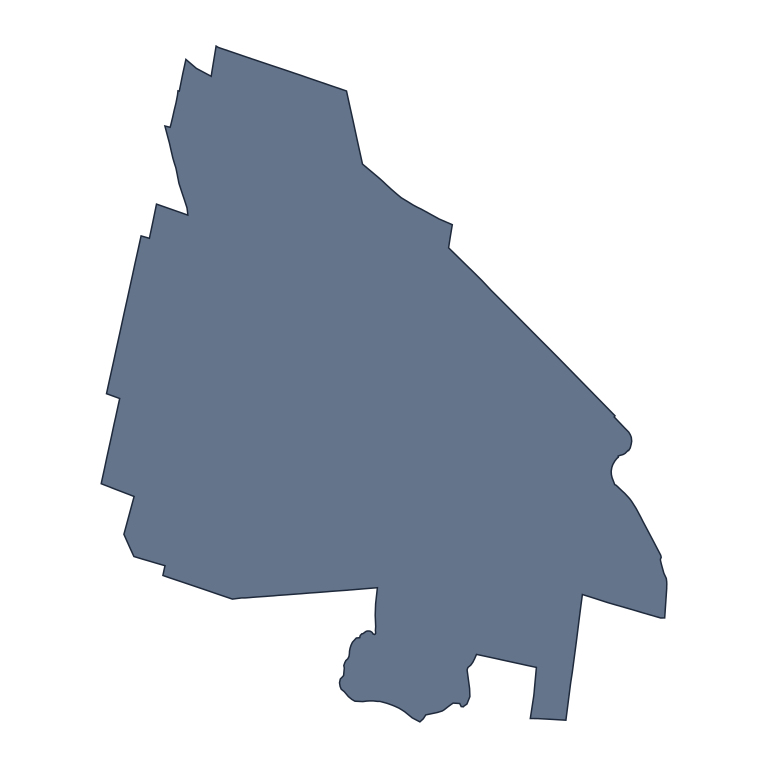 outline of Cocotitlán, México, Mexico
{"feature_id": "50627088B34264143573163", "entity_name": "Cocotitlán", "entity_type": "district", "adm_level": 2, "iso_a3": "MEX", "parent_name": "Mexico", "parent_adm1": "México", "projection": "equal_earth", "projection_center": [-98.857, 19.228], "detail": "fine", "context": "isolated", "style": "filled", "palette": "slate", "viewbox_px": 768, "rotation_deg": 0, "n_neighbors": 0, "source": "geoboundaries", "source_scale": "gbopen_adm2", "svg_char_len": 4365}
<svg xmlns="http://www.w3.org/2000/svg" viewBox="0 0 768 768"><path d="M660.7,618.0L664.7,617.9L665.7,603.2L666.7,588.5L666.7,586.6L666.8,584.1L666.7,581.6L666.3,578.4L663.9,573.3L663.8,573.0L661.4,564.3L660.5,560.6L660.4,559.2L660.7,558.6L661.2,557.3L660.7,555.2L653.6,541.6L648.1,531.2L642.8,521.2L640.7,517.0L636.1,508.4L631.6,501.3L629.9,499.0L628.6,497.5L624.6,493.2L622.4,491.2L616.2,485.3L614.7,484.6L614.4,483.7L612.1,477.7L611.4,474.7L611.2,471.3L611.8,467.5L612.8,464.6L614.8,461.1L616.9,458.4L618.3,457.3L618.1,456.1L619.2,455.7L620.6,455.2L621.9,454.9L623.4,454.4L625.2,453.3L628.1,450.4L628.6,450.6L630.2,448.0L631.2,444.2L631.7,441.2L631.3,437.3L630.3,434.8L628.8,432.2L624.3,427.6L614.2,417.0L615.0,415.8L605.8,406.4L596.6,397.0L587.4,387.6L578.2,378.2L569.0,368.8L559.8,359.4L549.8,349.3L539.8,339.3L529.8,329.2L519.9,319.2L509.9,309.1L500.4,299.6L490.9,290.1L482.1,280.7L470.5,269.2L469.9,268.7L448.6,247.8L450.2,237.4L452.3,224.7L438.7,218.8L438.1,218.4L421.0,209.0L417.8,207.5L413.3,205.1L401.2,197.7L396.4,193.7L391.0,189.0L389.6,187.7L386.2,184.6L383.4,181.9L380.3,179.1L376.8,176.1L374.5,174.2L373.7,173.5L362.5,164.1L358.8,147.3L357.2,140.0L355.5,132.1L352.8,119.6L350.1,107.5L346.5,91.0L330.7,85.6L315.8,80.5L312.0,79.2L308.2,77.9L301.1,75.4L293.3,72.8L292.2,72.4L286.6,70.5L277.6,67.5L269.5,64.8L260.6,61.8L254.4,59.7L251.6,58.8L242.0,55.5L230.3,51.5L218.5,47.5L216.1,46.1L213.2,63.7L211.7,72.9L211.2,76.3L196.4,68.4L185.9,59.4L182.7,74.0L179.3,91.1L178.0,90.8L177.5,95.1L176.0,102.9L174.3,109.8L172.7,117.0L170.9,124.5L170.1,127.3L164.9,126.0L167.6,136.3L169.3,142.6L169.5,143.4L170.2,146.5L171.0,150.1L172.1,154.8L172.8,157.9L174.7,164.3L175.7,167.3L176.0,168.5L176.3,169.9L176.8,172.4L177.3,174.8L177.6,176.6L178.3,179.9L178.4,180.6L179.0,183.5L179.6,185.4L180.6,188.4L181.4,190.9L182.8,195.1L184.2,199.2L186.1,205.1L186.6,206.6L187.0,207.9L187.7,213.5L187.8,215.1L172.2,209.6L156.5,204.1L153.0,221.2L149.4,238.3L141.1,235.9L139.8,241.8L138.7,246.8L138.2,249.1L134.7,264.8L132.4,275.6L131.4,280.1L127.4,298.4L124.3,312.3L120.7,328.9L120.0,332.1L116.3,348.9L113.7,361.0L112.7,365.5L109.0,382.2L106.5,393.7L119.7,398.5L116.7,412.2L115.5,417.8L114.0,424.4L111.4,436.7L109.3,446.2L106.7,458.0L104.5,468.5L101.5,482.2L101.2,483.7L103.2,484.5L113.9,488.7L125.9,493.3L134.1,496.5L129.0,515.4L123.9,534.3L126.6,540.4L130.1,548.2L133.9,556.5L142.4,559.1L148.3,560.8L156.7,563.3L165.0,565.7L163.9,570.6L162.9,575.5L170.7,578.2L175.8,579.9L181.2,581.7L189.8,584.6L193.9,586.0L206.6,590.3L218.8,594.5L232.4,599.1L241.8,597.9L245.3,597.9L248.1,597.7L249.4,597.6L252.6,597.3L256.7,597.0L261.0,596.7L265.6,596.4L270.6,596.0L273.6,595.8L277.7,595.4L286.5,594.8L294.3,594.2L301.3,593.7L309.5,593.0L315.7,592.6L320.9,592.2L327.3,591.7L331.8,591.3L338.8,590.8L347.4,590.2L349.1,590.0L352.1,589.8L356.7,589.4L377.4,587.7L375.6,603.9L375.2,615.1L375.7,626.7L375.4,630.6L375.6,632.0L375.6,633.4L375.2,634.1L374.5,634.5L373.7,634.1L373.2,634.1L372.1,632.4L370.5,631.3L369.1,631.0L367.4,631.0L366.2,631.3L365.2,632.0L364.5,632.4L363.4,633.4L362.3,633.8L361.8,633.8L361.0,634.7L360.5,635.1L360.1,635.8L359.7,637.7L356.3,638.0L352.4,642.3L351.0,645.3L350.1,648.1L349.5,651.2L349.4,653.6L349.0,656.4L348.3,657.8L347.8,658.8L345.8,660.6L345.6,661.1L344.9,662.4L343.8,665.5L344.1,667.1L344.3,668.0L343.6,675.5L342.3,677.0L340.3,679.0L339.5,682.8L340.1,686.4L341.2,689.2L344.3,691.7L348.4,696.6L351.8,699.4L354.9,701.2L362.7,701.6L364.4,701.4L366.5,701.1L369.8,700.9L373.2,700.9L377.5,701.4L380.0,701.4L387.0,703.3L392.3,705.2L394.5,706.1L398.9,708.1L401.7,709.8L403.4,710.9L404.5,711.6L411.3,717.1L412.1,717.8L419.9,721.9L423.3,718.8L424.5,716.9L425.8,714.9L437.3,712.5L442.2,711.0L444.3,709.7L448.1,706.7L451.1,704.5L453.1,703.1L459.7,703.5L461.2,706.6L463.4,706.8L464.2,705.9L466.9,704.1L469.9,696.6L469.6,688.6L467.1,669.9L467.5,668.7L467.9,667.5L470.8,665.1L473.0,662.0L473.7,660.5L474.5,659.0L476.5,654.4L487.7,656.8L498.8,659.2L500.9,659.7L517.9,663.4L520.7,664.0L525.6,665.1L530.7,666.2L536.4,667.4L534.4,689.1L534.2,691.7L533.8,695.6L530.3,718.5L538.0,718.6L541.4,718.8L549.0,719.2L565.9,720.2L568.3,701.4L570.7,682.6L572.3,672.3L574.2,658.0L576.3,642.1L579.0,620.5L580.9,605.7L582.4,594.5L583.3,594.8L589.1,596.6L595.4,598.6L601.2,600.5L607.7,602.6L613.9,604.4L630.3,609.1L644.1,613.2L660.7,618.0Z" fill="#64748b" stroke="#1e293b" stroke-width="1.5"/></svg>